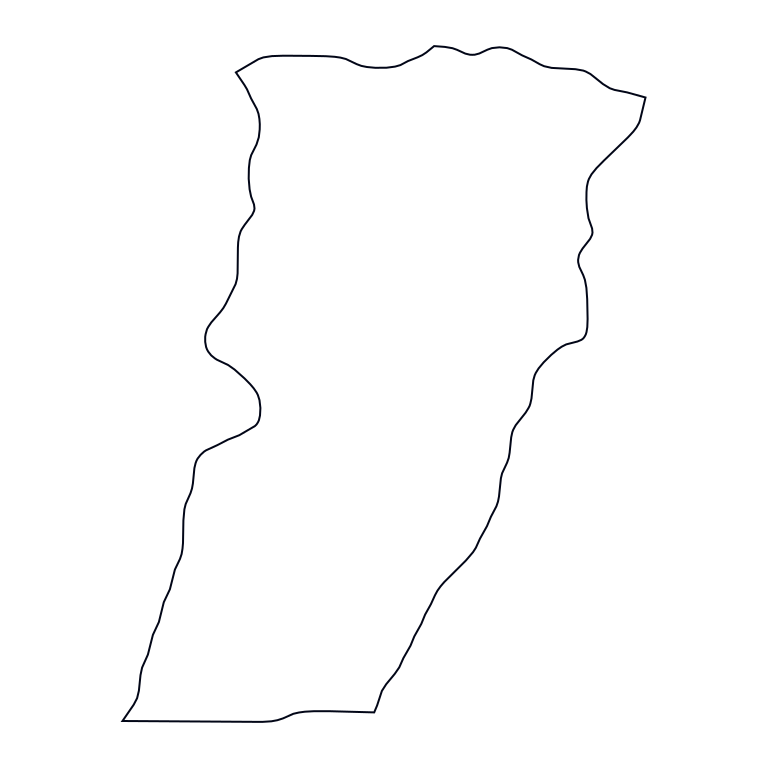 Postrer Rio, Independencia, Dominican Republic (orthographic projection)
{"feature_id": "3306468B53759087220335", "entity_name": "Postrer Rio", "entity_type": "district", "adm_level": 2, "iso_a3": "DOM", "parent_name": "Dominican Republic", "parent_adm1": "Independencia", "projection": "orthographic", "projection_center": [-71.638, 18.58], "detail": "fine", "context": "isolated", "style": "outline", "palette": "ink", "viewbox_px": 768, "rotation_deg": 0, "n_neighbors": 0, "source": "geoboundaries", "source_scale": "gbopen_adm2", "svg_char_len": 2882}
<svg xmlns="http://www.w3.org/2000/svg" viewBox="0 0 768 768"><path d="M645.5,97.5L627.1,92.4L614.5,89.9L609.7,88.2L602.9,84.0L590.4,74.0L585.7,71.5L583.3,70.6L575.5,69.2L551.7,67.9L544.1,66.2L539.7,64.2L531.4,59.5L522.2,55.4L511.9,49.7L507.2,48.1L499.5,47.3L491.9,48.1L487.4,49.7L479.3,53.5L474.8,54.7L472.3,54.8L469.9,54.7L465.3,53.6L457.0,49.8L452.5,48.2L444.8,46.9L434.1,46.1L426.4,52.4L422.3,55.1L417.6,57.3L407.9,61.1L400.4,65.1L395.1,66.6L386.7,67.7L375.3,67.8L366.9,67.0L361.4,65.9L356.6,64.1L345.9,59.0L340.4,57.6L334.7,56.8L325.8,56.2L310.8,55.9L283.8,55.7L272.0,56.1L263.4,57.4L258.4,59.2L235.9,72.4L244.5,85.1L247.0,89.3L251.1,98.5L256.8,109.0L258.5,113.8L259.4,118.9L259.8,124.2L259.7,129.5L258.8,137.3L256.5,144.5L251.2,155.1L249.8,160.1L248.9,168.0L248.7,178.7L249.6,189.3L251.1,196.6L254.0,204.5L254.5,208.5L254.1,210.8L252.2,214.9L244.7,224.8L241.8,229.1L240.6,231.4L239.0,236.6L238.2,242.1L237.9,247.7L237.6,273.3L237.0,278.8L235.6,284.1L225.9,303.7L223.3,308.1L220.1,312.3L211.3,322.4L208.3,326.8L207.0,329.2L205.6,334.2L205.2,336.8L205.2,341.9L206.1,347.0L207.0,349.4L208.2,351.6L211.2,355.4L214.9,358.4L216.9,359.7L228.1,365.0L234.5,369.5L244.6,378.5L250.3,384.3L253.7,388.3L256.7,392.7L257.9,395.1L259.5,400.2L260.4,408.0L260.0,415.5L258.9,420.3L257.9,422.4L256.6,424.4L255.0,426.0L239.3,435.2L227.8,439.7L217.2,445.2L206.1,450.3L204.1,451.6L200.6,454.8L197.6,458.6L196.5,460.7L195.6,463.1L194.4,468.1L192.9,483.5L192.0,488.5L190.5,493.2L185.7,504.0L184.4,509.3L183.4,520.4L183.0,543.1L182.5,548.7L181.6,554.1L180.0,558.9L174.9,569.6L169.9,589.3L163.8,602.2L158.9,622.0L152.9,634.9L147.9,654.6L142.1,667.6L140.5,675.1L138.9,690.7L137.1,698.2L133.7,704.7L122.5,721.0L262.1,721.9L271.4,721.3L277.4,720.2L283.0,718.4L293.3,713.8L299.0,712.5L304.9,711.7L314.0,711.2L329.5,711.2L374.2,712.4L377.1,705.5L381.9,690.9L386.2,684.2L394.8,673.8L399.3,667.3L403.4,658.1L410.5,645.7L414.3,636.4L421.3,623.9L425.1,614.6L430.9,604.2L435.0,595.2L437.5,590.6L440.6,586.3L444.2,582.1L465.9,560.5L473.0,552.2L475.9,547.7L480.0,538.6L487.0,526.1L490.9,516.8L496.4,506.3L498.0,501.6L499.0,496.5L500.9,478.3L502.1,473.3L507.1,462.6L508.7,458.0L509.6,452.9L511.2,437.3L512.3,432.2L513.2,429.8L515.7,425.2L525.6,412.7L528.4,408.2L529.6,405.9L530.4,403.4L531.5,398.4L533.3,380.3L534.7,375.3L535.8,372.9L538.6,368.4L543.7,362.3L551.3,354.8L557.5,349.6L561.7,346.7L566.2,344.4L577.5,341.5L581.5,339.8L583.3,338.4L584.7,336.5L585.8,334.4L586.5,332.1L587.3,327.1L587.6,319.0L587.2,299.2L586.4,287.9L584.9,279.8L583.2,275.1L579.3,266.9L578.2,262.3L578.1,259.9L579.0,255.0L580.0,252.7L582.6,248.5L590.1,238.9L592.1,234.8L592.5,232.6L592.1,228.5L588.5,218.3L586.9,208.0L586.4,200.0L586.5,191.9L586.9,186.6L588.0,181.5L588.9,179.0L591.5,174.3L596.5,168.1L604.1,160.4L627.8,137.5L633.3,131.6L636.5,127.4L639.1,122.8L640.0,120.3L645.5,97.5Z" fill="none" stroke="#020617" stroke-width="2"/></svg>